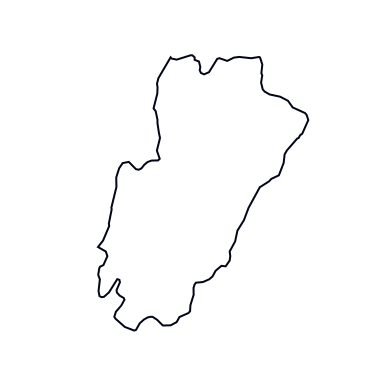 San Antonio Suchitepéquez, Suchitepéquez, Guatemala (Robinson projection), rotated 24°
{"feature_id": "79465075B26922695910316", "entity_name": "San Antonio Suchitepéquez", "entity_type": "district", "adm_level": 2, "iso_a3": "GTM", "parent_name": "Guatemala", "parent_adm1": "Suchitepéquez", "projection": "robinson", "projection_center": [-91.412, 14.514], "detail": "fine", "context": "isolated", "style": "outline", "palette": "ink", "viewbox_px": 384, "rotation_deg": 24, "n_neighbors": 0, "source": "geoboundaries", "source_scale": "gbopen_adm2", "svg_char_len": 1747}
<svg xmlns="http://www.w3.org/2000/svg" viewBox="0 0 384 384"><g transform="rotate(24 192 192)"><path d="M198.3,41.4L191.7,45.7L180.2,49.4L175.6,52.2L170.9,57.9L162.7,58.6L160.9,60.1L158.8,75.6L155.2,79.6L151.7,79.6L149.5,77.6L148.8,74.5L145.3,70.0L140.7,70.2L139.6,67.9L136.8,67.0L135.2,67.6L124.2,77.3L119.0,78.4L117.7,77.7L115.0,101.6L116.0,107.4L118.0,110.5L120.3,116.3L122.9,131.3L126.0,133.0L131.1,140.1L132.3,142.9L137.3,150.8L140.8,155.7L143.1,168.5L149.0,174.8L148.1,177.0L142.3,179.7L139.2,182.7L137.3,186.6L136.8,188.7L136.2,191.0L134.2,193.4L131.4,193.9L122.0,190.2L116.9,193.8L115.8,200.0L116.9,209.6L120.9,218.1L124.7,239.0L125.7,240.6L128.9,254.7L130.2,256.8L130.5,272.5L128.5,280.5L137.4,281.4L140.8,285.0L140.8,294.8L138.4,297.6L138.3,299.4L140.0,305.8L143.4,309.3L146.9,320.5L149.8,324.7L152.1,324.9L154.2,323.6L157.0,317.4L159.2,302.0L161.4,301.8L162.9,303.8L163.0,312.3L164.3,314.4L168.1,316.1L172.8,316.6L174.1,317.9L173.6,324.3L171.2,332.3L171.8,337.6L173.7,338.9L185.6,342.6L195.5,342.1L196.9,340.9L197.7,333.1L200.0,328.0L202.5,324.6L204.1,323.5L205.3,322.6L206.8,322.1L212.0,322.9L219.7,325.8L226.7,322.5L230.9,317.1L231.4,311.3L238.0,304.0L238.7,301.6L236.6,296.1L235.3,285.2L232.4,279.0L232.0,275.8L232.4,273.3L238.6,269.8L243.2,264.8L245.1,260.8L245.6,254.3L248.9,247.5L253.0,246.2L254.3,239.3L253.1,235.1L250.6,231.0L251.5,219.6L249.2,208.8L250.9,196.6L250.1,183.5L252.0,160.1L258.1,150.8L259.1,147.8L264.6,141.4L263.9,128.1L261.3,119.9L261.8,115.3L266.4,100.3L267.4,99.4L267.7,96.1L269.0,94.0L269.0,79.0L265.3,74.9L263.1,73.9L249.6,73.8L242.5,69.6L233.7,69.1L223.3,71.3L217.5,70.7L214.9,69.5L210.7,64.1L208.7,56.8L207.1,55.4L204.4,47.0L199.4,41.4L198.3,41.4Z" fill="none" stroke="#020617" stroke-width="2"/></g></svg>